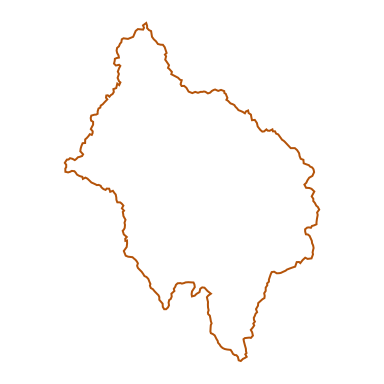 outline of Dom Feliciano, Rio Grande do Sul, Brazil
{"feature_id": "56859067B48713778457520", "entity_name": "Dom Feliciano", "entity_type": "district", "adm_level": 2, "iso_a3": "BRA", "parent_name": "Brazil", "parent_adm1": "Rio Grande do Sul", "projection": "orthographic", "projection_center": [-52.217, -30.609], "detail": "fine", "context": "isolated", "style": "outline", "palette": "amber", "viewbox_px": 384, "rotation_deg": 0, "n_neighbors": 0, "source": "geoboundaries", "source_scale": "gbopen_adm2", "svg_char_len": 5183}
<svg xmlns="http://www.w3.org/2000/svg" viewBox="0 0 384 384"><path d="M240.8,361.0L242.9,358.9L245.0,357.9L246.7,356.8L245.3,354.3L246.5,353.1L246.0,351.2L245.9,348.8L244.7,344.5L243.9,341.4L243.5,339.2L244.9,338.1L249.2,337.6L250.9,337.9L252.9,335.6L252.1,332.2L250.8,329.9L252.9,327.4L254.2,325.4L253.3,323.6L254.9,321.6L254.0,320.0L253.8,317.8L254.8,315.9L255.6,313.7L257.1,312.2L256.0,309.1L258.0,305.7L258.2,303.1L260.5,301.0L262.5,299.2L264.4,298.1L264.7,295.9L264.2,293.2L265.7,290.9L265.7,287.6L267.3,285.3L267.1,283.4L268.9,281.7L268.9,279.6L270.7,274.3L271.7,272.1L274.1,271.7L276.8,273.3L279.1,273.2L280.8,272.9L283.1,271.8L285.6,270.7L286.9,269.6L289.7,268.5L291.9,267.7L295.2,266.6L296.7,262.1L299.1,262.0L300.3,263.1L302.6,260.1L305.2,257.7L307.6,258.9L311.5,258.4L313.0,254.3L312.6,252.4L313.0,250.4L313.6,248.0L313.1,245.4L312.1,243.2L311.8,240.8L309.6,235.9L307.9,234.5L305.9,234.3L305.2,231.7L305.1,229.3L307.2,227.6L309.0,227.4L310.9,227.8L311.9,226.0L314.0,225.4L316.5,224.3L316.5,222.3L316.9,219.1L317.7,214.9L317.1,212.5L319.2,209.6L317.8,206.9L316.3,205.7L314.8,202.8L313.3,201.1L313.3,198.8L311.7,196.4L314.3,191.5L311.5,188.8L309.4,188.0L306.1,187.8L304.4,184.6L306.3,182.8L307.4,180.4L309.2,177.7L312.4,175.9L314.1,172.1L313.5,169.3L312.2,167.5L310.0,166.5L308.9,165.2L305.7,164.1L303.7,163.3L303.4,159.8L300.7,158.8L299.6,156.1L299.1,153.2L297.1,150.1L294.8,148.1L290.7,148.1L284.9,141.9L283.6,140.7L282.1,139.8L278.2,134.4L276.1,133.6L275.0,131.3L272.9,131.3L272.4,129.4L269.6,130.8L267.6,130.6L266.4,129.4L264.1,131.4L262.3,131.6L260.4,130.0L257.7,126.5L256.9,123.0L254.8,119.9L252.0,120.2L251.4,117.4L250.9,114.6L248.6,113.0L248.1,110.5L246.0,111.4L244.9,113.3L242.7,111.9L240.7,111.0L238.4,110.1L237.1,108.4L235.4,106.7L234.4,105.1L232.7,104.2L230.5,103.4L228.0,100.8L226.4,99.8L227.4,97.9L226.6,96.0L225.8,93.9L224.4,93.0L224.2,91.1L221.0,89.9L218.2,90.9L215.1,89.5L213.6,90.0L211.8,91.0L210.2,92.6L207.9,93.4L205.4,91.8L203.9,91.5L202.4,91.9L200.5,91.9L198.0,92.8L195.2,91.9L192.3,93.1L188.6,91.6L186.4,87.8L184.1,85.9L181.6,86.0L180.6,84.2L181.7,80.2L180.1,79.8L178.0,77.7L175.9,76.6L171.3,74.2L171.9,71.9L169.3,69.0L168.0,67.9L169.0,65.2L166.5,61.5L165.2,59.7L166.1,56.3L164.9,54.6L166.6,53.0L164.7,47.2L162.9,44.8L160.7,44.7L157.9,44.0L156.0,41.3L153.8,39.3L152.0,36.8L151.1,31.1L149.0,30.1L147.1,28.1L147.1,25.8L146.2,23.0L143.0,25.4L144.0,27.8L143.1,29.6L137.9,29.1L135.7,30.9L133.2,36.8L128.0,38.9L123.5,38.3L121.8,39.3L121.3,42.3L120.0,43.7L118.9,46.4L117.1,47.9L116.6,50.6L117.2,53.1L118.5,55.4L118.9,57.6L116.8,58.0L114.9,58.8L114.7,60.9L114.0,63.6L115.9,65.5L119.1,64.8L120.3,65.9L119.2,68.0L117.8,71.6L118.9,74.0L117.6,77.9L119.1,81.4L120.4,82.4L119.2,85.1L117.3,83.6L116.2,88.1L113.4,89.1L113.8,92.0L112.6,94.0L110.7,95.2L109.5,96.7L107.8,95.3L106.3,95.5L106.0,97.7L107.3,99.4L104.3,102.5L102.7,104.3L100.7,105.6L100.3,107.6L98.5,108.5L97.7,111.2L97.6,113.8L96.1,114.6L94.4,114.7L91.3,115.6L90.7,118.0L91.1,120.6L93.1,121.8L93.1,124.7L91.6,127.5L90.8,129.1L92.7,131.3L92.6,133.1L91.8,134.9L89.8,134.2L88.4,136.2L86.8,138.0L85.2,139.4L85.1,143.0L82.6,143.2L81.4,146.1L80.7,148.5L80.3,151.3L81.6,152.7L83.1,154.3L82.1,156.0L79.8,156.8L77.9,157.3L76.3,159.0L74.8,160.1L72.4,158.8L70.0,158.2L68.6,159.5L66.9,159.6L65.7,161.4L64.8,162.9L66.2,164.7L66.2,167.2L65.3,168.6L65.4,171.8L68.1,172.4L70.1,171.8L71.8,170.9L74.4,171.2L75.6,172.5L77.0,174.6L78.9,175.7L80.4,176.3L82.3,176.8L82.9,178.9L85.4,177.6L87.4,178.6L89.7,180.8L91.4,182.5L93.5,183.4L95.2,184.2L96.9,185.1L98.7,184.9L100.7,185.8L101.4,187.3L103.5,189.1L105.6,189.9L106.7,188.6L109.2,188.7L110.2,191.8L112.9,190.8L114.4,193.0L115.7,194.5L116.3,197.5L116.4,199.8L117.3,202.3L120.2,202.4L121.8,203.7L123.4,205.6L121.9,208.3L124.0,210.7L122.8,211.9L123.2,214.2L123.4,216.0L125.5,219.8L124.5,222.8L125.0,224.9L124.7,227.9L123.9,229.5L122.7,230.8L123.8,234.4L126.8,237.0L125.2,238.8L125.4,240.9L127.0,240.5L127.1,243.4L126.7,247.0L123.8,251.0L125.7,255.7L128.2,256.7L130.1,256.9L132.5,257.2L133.9,258.5L135.5,259.8L136.8,261.4L137.9,263.3L137.1,265.8L137.9,267.9L139.8,269.9L141.7,271.8L143.3,274.1L144.4,276.0L146.5,277.0L148.3,278.9L149.4,281.7L150.4,284.0L149.9,285.6L150.8,288.0L152.9,289.2L154.5,291.2L156.8,293.6L158.5,295.3L159.3,297.1L159.3,299.8L161.1,301.9L162.6,303.6L162.8,306.9L164.2,309.2L166.1,309.2L168.0,307.4L169.0,305.3L168.6,302.5L169.2,300.0L170.7,299.0L171.7,296.6L171.4,293.7L172.7,292.5L174.4,291.0L173.8,288.9L175.3,286.7L175.9,284.9L177.6,283.3L180.5,283.1L181.9,283.6L183.9,283.1L185.6,282.4L188.3,282.2L193.5,282.5L194.4,284.4L194.8,287.1L192.0,291.4L191.6,294.1L192.0,296.4L194.7,295.7L196.5,293.9L199.5,292.1L200.3,288.7L202.2,287.4L204.5,287.7L207.5,291.0L210.9,293.7L208.2,295.6L206.9,297.2L207.4,299.5L208.0,301.9L207.9,304.6L208.0,307.3L208.6,310.2L207.9,312.5L208.2,314.2L209.8,315.6L210.4,318.4L210.9,321.4L211.6,323.3L210.8,325.1L210.6,327.8L210.4,331.5L210.9,333.2L212.9,334.1L214.7,335.4L215.6,337.2L216.6,339.2L217.7,340.9L218.0,342.7L219.7,344.6L220.7,346.3L222.6,348.0L224.7,349.0L227.1,349.5L230.6,349.9L232.0,351.9L232.9,353.8L234.6,355.0L236.4,355.2L237.9,356.9L238.7,360.3L240.8,361.0Z" fill="none" stroke="#b45309" stroke-width="2"/></svg>